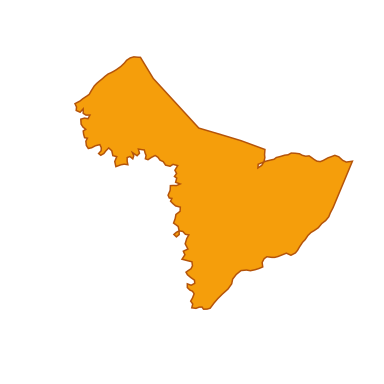 the district of Rincão, São Paulo, Brazil, rotated 200°
{"feature_id": "56859067B73201161299146", "entity_name": "Rincão", "entity_type": "district", "adm_level": 2, "iso_a3": "BRA", "parent_name": "Brazil", "parent_adm1": "São Paulo", "projection": "natural_earth1", "projection_center": [-48.011, -21.577], "detail": "fine", "context": "isolated", "style": "filled", "palette": "amber", "viewbox_px": 384, "rotation_deg": 200, "n_neighbors": 0, "source": "geoboundaries", "source_scale": "gbopen_adm2", "svg_char_len": 2787}
<svg xmlns="http://www.w3.org/2000/svg" viewBox="0 0 384 384"><g transform="rotate(200 192 192)"><path d="M51.8,275.8L57.2,272.9L61.3,273.3L66.1,275.3L70.3,275.3L73.1,272.9L75.9,270.6L79.6,266.4L81.9,264.4L85.2,263.7L88.6,264.4L91.2,265.2L94.3,266.0L97.4,264.5L101.1,264.2L104.0,264.7L108.3,263.7L112.1,262.5L114.5,259.8L117.5,258.3L121.1,255.6L124.6,253.2L126.1,250.8L128.8,249.1L132.0,247.0L134.7,244.9L135.3,249.2L136.6,251.9L138.0,256.9L163.5,257.0L181.4,256.0L207.5,254.4L267.2,285.4L286.5,300.9L289.1,300.1L292.9,299.1L295.9,296.9L298.5,293.4L299.6,290.1L301.8,285.6L305.2,280.7L307.1,278.4L309.0,276.3L311.2,274.2L313.3,270.9L315.0,267.7L317.0,264.4L318.7,261.4L320.1,258.2L321.3,252.7L322.0,248.5L324.6,244.9L326.6,242.2L328.3,239.3L332.2,235.0L329.6,232.4L328.7,229.0L324.4,228.7L322.7,232.9L321.1,228.7L317.9,228.0L314.2,229.4L314.8,225.3L318.3,224.7L321.4,222.4L319.4,217.8L316.6,215.7L313.3,214.6L315.1,212.1L313.6,209.2L311.5,206.3L308.7,206.8L309.1,203.4L307.2,199.6L304.3,197.4L301.4,199.3L298.6,202.4L294.8,205.0L292.4,202.6L291.5,199.7L292.9,196.2L290.3,195.3L288.0,198.0L287.0,201.2L285.3,204.9L281.5,203.3L278.8,199.1L274.8,199.5L275.0,194.2L272.2,189.8L268.2,193.2L265.2,195.0L261.6,195.7L263.5,198.8L264.7,202.2L262.5,204.1L259.0,202.9L259.1,206.1L261.5,208.7L256.0,207.3L254.6,210.4L257.1,214.0L253.8,214.6L251.2,215.2L249.5,212.7L247.6,210.5L247.2,207.3L244.4,207.3L242.0,210.6L239.1,213.7L235.9,213.0L233.0,211.0L229.4,210.7L226.0,208.2L221.4,208.7L219.3,211.5L214.5,211.9L215.5,206.6L212.8,204.1L213.8,200.6L211.1,199.9L210.7,195.5L205.9,195.5L208.8,192.7L211.7,191.8L214.5,190.6L213.1,186.1L213.4,180.8L211.3,178.6L208.7,179.1L209.0,176.0L205.8,174.5L202.6,173.3L197.8,173.8L196.6,169.8L199.4,165.4L198.7,161.2L198.7,156.5L193.2,154.9L190.8,151.1L187.2,151.8L183.7,150.0L180.3,150.6L181.0,146.4L180.7,141.0L176.3,137.0L179.9,133.4L177.2,130.6L178.4,125.4L172.1,126.0L168.2,126.4L166.3,122.8L166.7,119.5L168.6,117.0L170.2,114.6L168.0,112.7L163.9,111.2L159.5,110.0L158.2,107.1L160.9,104.1L165.0,104.1L163.7,100.6L160.4,99.1L157.6,98.9L155.2,97.1L155.3,92.5L155.9,89.0L153.0,87.0L152.6,83.1L148.5,84.0L145.8,86.3L143.2,87.3L141.1,85.8L137.8,87.1L135.2,89.0L133.3,95.3L131.3,100.6L128.7,106.2L125.0,113.1L123.3,119.3L124.0,124.0L122.2,129.7L119.1,134.9L114.1,137.3L110.2,138.0L106.2,140.5L102.9,143.0L99.9,145.8L102.0,149.8L101.4,154.0L99.5,156.8L94.9,157.8L92.0,158.8L89.1,160.8L82.4,166.8L77.4,166.4L74.0,170.1L72.9,173.2L72.2,177.2L70.9,182.6L69.4,185.9L68.2,190.8L66.4,194.6L63.8,197.8L61.1,201.6L59.3,206.7L56.6,211.0L55.0,215.5L54.9,219.6L54.1,225.6L51.8,275.8ZM134.7,244.9L135.6,240.8L138.3,237.2L139.3,240.7L134.7,244.9ZM190.8,151.1L192.9,148.8L194.5,145.9L191.3,144.5L189.5,147.6L190.8,151.1Z" fill="#f59e0b" stroke="#b45309" stroke-width="1.5"/></g></svg>